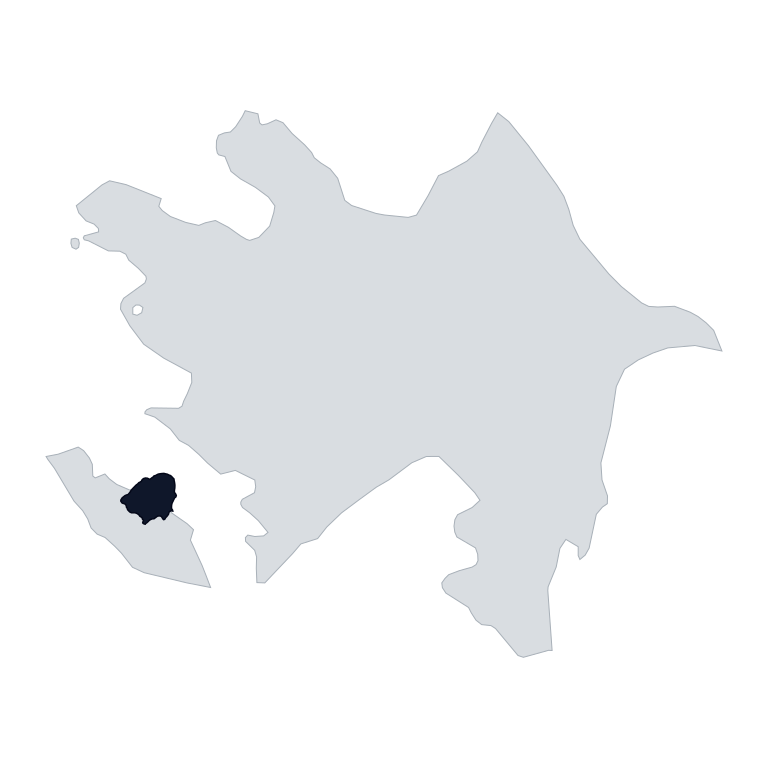 location of Shahbuz District, Şahbuz, Azerbaijan
{"feature_id": "54616110B68105682916253", "entity_name": "Shahbuz District", "entity_type": "district", "adm_level": 2, "iso_a3": "AZE", "parent_name": "Azerbaijan", "parent_adm1": "Şahbuz", "projection": "orthographic", "projection_center": [45.639, 39.439], "detail": "fine", "context": "in_parent", "style": "filled", "palette": "ink", "viewbox_px": 768, "rotation_deg": 0, "n_neighbors": 0, "source": "geoboundaries", "source_scale": "gbopen_adm2", "svg_char_len": 4685}
<svg xmlns="http://www.w3.org/2000/svg" viewBox="0 0 768 768"><path d="M552.1,650.5L548.6,650.3L523.4,657.3L518.0,655.5L495.5,628.5L491.0,625.6L481.6,624.6L476.0,620.2L471.3,612.9L468.6,607.5L445.9,593.1L442.4,587.7L441.8,582.9L445.0,578.4L448.7,574.7L459.5,570.6L472.1,567.1L476.1,564.6L478.0,560.6L477.7,554.2L475.5,547.9L456.9,537.0L454.8,532.1L454.0,526.1L454.9,519.7L457.6,514.7L472.2,507.5L480.0,500.3L474.8,492.7L458.4,475.4L438.9,456.4L426.3,456.5L411.9,462.7L389.0,479.8L376.3,487.2L359.7,499.3L341.6,512.8L326.8,527.0L317.6,538.6L300.9,543.9L292.6,553.6L264.8,582.9L256.9,582.6L256.3,568.3L256.6,556.9L254.7,550.3L245.6,541.4L245.4,537.6L247.8,535.1L254.8,536.5L263.7,535.9L268.0,532.4L258.3,520.6L249.7,512.8L242.5,507.5L240.8,504.3L240.8,502.1L242.3,499.3L254.5,492.7L255.7,486.7L254.8,480.0L235.3,470.4L220.7,474.1L207.6,463.1L199.1,454.6L188.6,445.4L179.3,440.4L170.3,428.9L154.8,417.1L144.9,413.7L145.0,411.9L146.8,409.7L151.0,407.9L178.6,408.3L182.0,406.2L183.7,401.1L187.4,393.5L191.8,382.4L191.4,373.1L163.7,358.1L143.7,344.2L129.9,325.9L120.5,309.2L120.9,303.6L123.6,298.3L144.9,282.9L146.4,278.9L145.9,276.2L138.3,268.3L128.8,260.2L125.8,254.2L119.8,251.2L108.4,250.9L88.5,240.8L84.3,239.8L83.3,237.8L84.3,235.8L98.6,231.9L98.4,228.5L94.1,224.1L86.1,220.9L78.8,212.9L76.3,205.7L102.0,184.9L109.6,180.8L126.3,184.7L161.2,198.6L158.8,206.3L162.3,210.6L170.4,216.5L185.7,222.4L198.8,225.4L205.3,222.8L215.4,220.5L228.4,227.3L240.5,235.9L246.5,239.4L249.7,240.4L258.8,237.4L269.7,226.1L273.8,212.5L274.9,205.9L268.4,197.0L255.3,187.3L240.5,178.9L231.0,171.4L224.9,156.5L218.8,154.9L217.3,153.0L216.3,147.9L216.5,140.8L218.5,135.3L224.4,132.9L230.4,132.0L235.7,126.7L242.4,116.4L245.2,110.7L257.9,113.8L259.7,123.0L262.0,124.9L267.3,123.8L276.0,119.8L283.0,122.7L292.1,133.5L304.7,144.9L311.6,152.5L314.3,157.8L320.7,162.9L330.1,168.9L337.7,178.3L344.8,200.4L351.6,205.5L375.9,213.4L384.4,215.0L408.2,217.4L416.5,215.1L428.1,195.6L438.5,175.6L448.6,171.2L466.8,161.2L477.5,151.8L481.9,142.0L491.6,123.3L497.7,112.8L508.8,121.6L528.5,145.8L556.9,185.2L563.9,196.3L568.8,209.4L573.2,225.4L579.9,239.3L608.9,274.0L621.4,286.6L641.6,302.9L648.7,306.4L657.8,307.0L674.5,306.3L690.2,312.2L698.0,316.5L706.2,322.9L713.7,330.4L721.9,351.0L694.8,345.5L667.8,347.9L652.8,353.1L638.3,359.9L624.5,369.2L616.3,386.5L610.4,425.9L600.9,462.9L602.0,479.9L607.5,495.9L607.3,503.7L602.4,507.1L596.3,514.3L589.1,548.2L585.2,555.1L579.9,559.5L578.2,555.6L578.2,546.7L565.9,539.4L559.9,548.4L556.2,567.0L548.1,586.8L547.8,590.5L552.1,650.5ZM141.7,312.7L142.9,307.5L139.5,305.1L135.9,305.0L132.8,307.6L132.8,314.1L137.1,315.3L141.7,312.7ZM52.0,465.0L47.9,459.5L46.1,456.5L58.1,454.2L78.2,447.1L83.6,450.6L89.4,458.0L92.3,464.3L92.8,476.0L95.2,477.9L104.9,474.0L109.3,478.8L116.8,484.5L129.8,490.1L148.6,481.4L158.0,479.1L165.7,479.3L169.8,482.0L171.3,491.1L169.8,502.3L167.6,508.5L171.6,512.9L187.1,523.7L193.5,529.7L190.4,540.1L202.1,565.5L206.0,575.4L210.6,587.5L186.9,582.9L144.2,572.7L132.5,567.3L121.4,553.1L114.8,546.3L105.1,537.5L97.1,534.1L91.1,528.0L87.7,518.9L82.7,510.7L74.0,501.1L54.5,468.4L52.0,465.0ZM78.6,247.4L76.0,249.2L72.1,247.4L70.9,243.3L71.3,239.1L75.2,238.2L78.4,239.4L79.3,243.2L78.6,247.4Z" fill="#d9dde1" stroke="#a8b0b8" stroke-width="1"/><path d="M172.8,511.1L172.5,510.0L171.6,508.6L171.5,507.2L171.6,505.3L171.9,503.7L172.4,502.4L173.0,501.3L173.5,500.1L174.0,499.2L174.5,498.0L175.8,497.0L176.3,495.6L175.8,494.2L175.1,493.2L174.4,492.3L174.4,490.8L174.6,489.2L174.8,488.1L174.9,485.6L174.8,484.2L174.5,482.1L174.1,480.3L174.0,479.0L173.1,478.1L171.8,476.7L170.6,475.6L168.9,475.0L167.4,474.2L165.5,473.8L164.0,473.4L162.1,473.5L160.5,473.7L158.2,474.1L157.0,474.7L155.8,475.4L153.9,476.0L152.9,477.2L152.0,477.7L149.9,479.4L147.4,478.2L145.4,478.0L143.4,478.6L142.0,479.9L141.4,481.2L140.1,482.1L138.9,482.6L137.5,484.1L136.3,484.9L134.8,486.4L133.5,487.7L132.1,489.3L131.3,490.2L131.0,490.5L130.1,492.1L129.2,493.2L128.1,494.5L126.4,495.0L125.0,495.6L123.5,496.8L122.2,497.8L120.9,499.9L120.8,501.1L122.0,502.9L123.1,503.4L124.5,503.7L125.7,504.7L126.3,505.9L126.4,507.1L127.2,508.3L127.6,509.7L128.7,510.9L129.8,512.0L131.5,512.8L133.3,512.8L135.1,512.8L136.8,513.4L138.7,514.6L139.8,516.2L142.0,517.6L142.5,519.2L143.5,520.2L143.2,521.5L142.7,522.2L142.9,523.2L143.8,523.8L145.1,524.2L145.3,524.2L145.6,523.6L147.0,522.6L148.3,521.4L149.2,520.4L150.7,519.5L152.5,518.8L154.0,518.8L155.7,517.5L157.4,516.2L159.1,515.9L160.7,516.1L161.5,516.7L162.3,517.9L162.8,518.9L163.8,519.7L164.8,519.2L165.7,517.6L166.8,516.5L167.6,515.5L168.5,514.2L168.9,512.5L169.5,511.5L171.2,510.8L172.7,511.1L172.8,511.1Z" fill="#0f172a" stroke="#020617" stroke-width="1.5"/></svg>